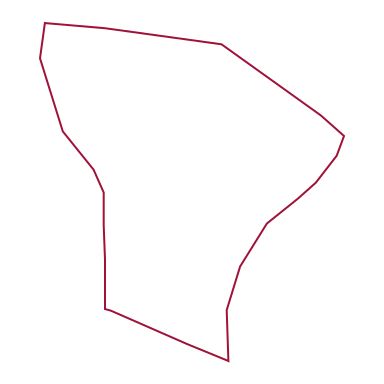 the district of 33, Ad Dawhah, Qatar
{"feature_id": "91078587B4294922321935", "entity_name": "33", "entity_type": "district", "adm_level": 2, "iso_a3": "QAT", "parent_name": "Qatar", "parent_adm1": "Ad Dawhah", "projection": "albers", "projection_center": [51.491, 25.326], "detail": "fine", "context": "isolated", "style": "outline", "palette": "rose", "viewbox_px": 384, "rotation_deg": 0, "n_neighbors": 0, "source": "geoboundaries", "source_scale": "gbopen_adm2", "svg_char_len": 463}
<svg xmlns="http://www.w3.org/2000/svg" viewBox="0 0 384 384"><path d="M341.9,134.1L320.8,115.4L221.5,44.3L104.8,28.2L46.4,23.2L45.4,23.1L44.9,23.0L40.0,58.3L62.8,131.4L93.6,169.7L103.7,192.5L103.7,225.4L105.0,259.6L105.0,309.0L107.1,309.6L107.4,309.7L110.7,310.6L187.2,344.1L228.2,360.9L228.4,361.0L226.7,310.1L240.1,266.5L266.9,223.5L297.8,198.7L315.9,182.6L336.7,155.7L344.0,136.0L342.9,135.0L341.9,134.1Z" fill="none" stroke="#9f1239" stroke-width="2"/></svg>